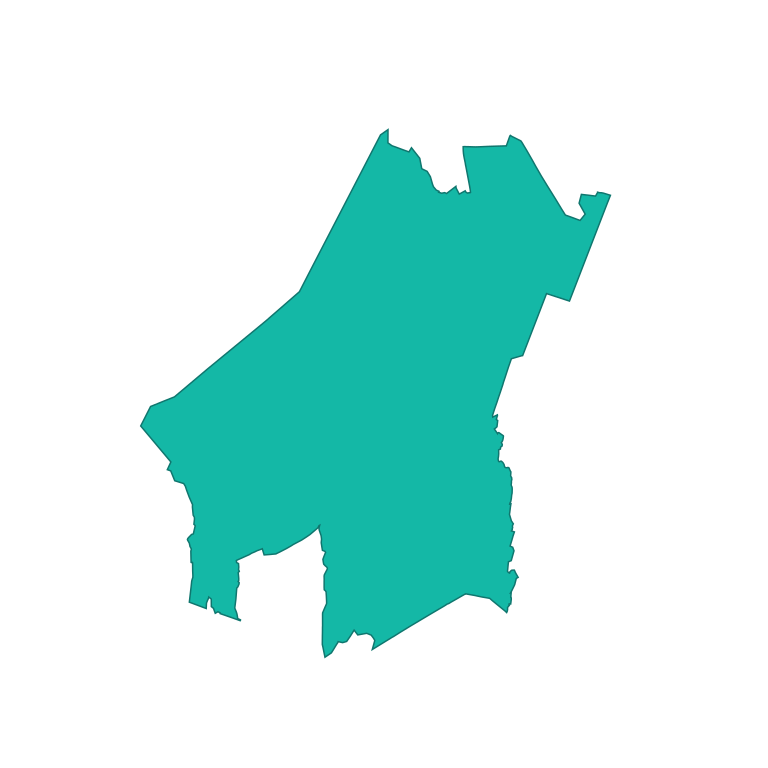 outline of Atašienes pag., Krustpils, Latvia, rotated 294°
{"feature_id": "27541924B82770097220603", "entity_name": "Atašienes pag.", "entity_type": "district", "adm_level": 2, "iso_a3": "LVA", "parent_name": "Latvia", "parent_adm1": "Krustpils", "projection": "natural_earth1", "projection_center": [26.419, 56.547], "detail": "fine", "context": "isolated", "style": "filled", "palette": "teal", "viewbox_px": 768, "rotation_deg": 294, "n_neighbors": 0, "source": "geoboundaries", "source_scale": "gbopen_adm2", "svg_char_len": 6003}
<svg xmlns="http://www.w3.org/2000/svg" viewBox="0 0 768 768"><g transform="rotate(294 384 384)"><path d="M246.7,178.8L226.1,221.0L217.6,220.9L217.9,224.5L210.5,232.2L211.6,241.5L209.8,244.1L206.7,246.9L201.5,252.0L196.4,257.6L196.3,257.8L196.0,258.1L193.7,259.0L186.6,263.0L186.4,263.2L185.4,264.7L185.2,264.9L183.9,265.6L183.5,265.8L178.5,267.4L178.0,268.8L177.6,269.2L169.9,270.7L169.4,270.7L168.3,269.4L164.2,267.9L163.3,267.7L162.9,267.6L161.9,267.7L161.4,268.2L159.5,270.8L157.2,272.5L156.7,272.8L155.0,275.0L154.2,275.3L152.8,275.5L142.6,280.3L142.5,280.6L142.6,280.9L143.1,281.5L142.9,281.8L135.3,285.3L131.7,287.1L129.7,288.0L127.6,288.2L125.7,288.5L120.5,290.2L105.5,294.9L106.6,312.9L111.5,311.0L111.9,310.9L114.1,310.8L116.0,310.8L117.1,310.8L118.1,310.6L117.9,311.2L117.6,312.6L117.2,313.7L110.4,316.8L109.7,319.5L108.6,320.5L105.9,323.1L108.4,324.9L108.4,325.0L108.3,327.4L108.2,327.5L107.6,327.7L108.1,333.5L108.2,334.8L108.7,340.8L109.3,348.9L110.1,348.9L110.2,348.6L110.2,345.8L112.5,344.3L114.1,343.2L115.5,342.0L118.6,338.8L127.2,336.2L137.6,332.5L139.3,333.0L142.4,332.9L143.7,332.4L144.2,331.1L145.4,331.2L147.1,330.5L150.0,328.9L152.4,327.5L154.0,328.0L155.3,326.6L157.7,325.8L160.8,324.1L160.9,322.0L162.6,320.9L163.6,321.6L173.4,330.4L175.5,331.8L178.4,334.5L179.9,335.7L180.1,335.9L183.0,338.9L184.0,339.8L179.1,344.0L182.0,349.4L183.5,352.0L184.8,354.4L185.4,354.8L188.0,357.0L194.0,361.8L198.5,365.1L200.5,366.4L207.5,371.9L207.9,372.2L208.0,372.3L212.8,375.4L216.2,377.5L220.7,379.7L226.0,382.2L228.1,382.2L228.8,382.7L226.4,383.1L225.8,383.3L224.4,384.1L223.7,384.7L219.9,388.2L218.3,389.2L216.8,390.1L214.0,391.0L213.3,391.3L209.9,393.5L207.0,395.4L207.1,397.4L207.1,398.1L206.5,399.1L201.7,399.3L199.0,399.5L196.3,401.2L194.9,402.2L194.0,404.3L193.8,405.1L193.4,406.3L192.8,407.1L192.3,407.3L191.7,407.5L190.9,407.4L185.4,407.1L184.2,407.4L180.8,409.0L179.8,409.4L173.9,412.0L172.5,412.7L171.7,413.1L171.3,414.5L171.2,414.6L170.8,415.3L170.6,415.6L167.0,417.5L164.0,419.0L162.6,419.7L160.5,420.7L159.8,420.9L155.7,420.9L150.7,421.0L150.0,421.0L149.5,421.2L148.9,421.4L138.2,426.2L136.4,426.9L133.7,428.1L130.2,429.6L129.9,429.7L120.9,433.6L119.1,435.0L112.9,439.4L111.4,440.5L110.4,441.2L116.8,445.2L117.0,445.3L122.1,446.0L124.5,446.3L126.1,446.5L128.0,446.8L129.0,447.0L130.0,446.9L130.9,451.4L133.6,454.6L140.0,455.8L147.0,456.8L144.1,462.1L146.9,466.2L149.2,469.6L149.4,474.4L147.7,477.5L146.0,479.9L136.7,481.3L146.5,488.0L156.0,494.5L157.0,495.3L163.9,499.9L173.5,506.5L192.5,519.9L205.8,529.4L208.4,531.1L208.7,531.2L209.7,532.4L212.2,534.1L217.9,538.3L224.5,543.1L224.8,543.4L225.0,543.7L225.5,543.9L227.8,553.2L228.2,555.2L229.2,559.9L231.2,567.7L230.0,571.6L225.9,586.7L225.1,589.0L226.0,589.0L226.8,589.0L228.6,588.5L229.9,587.8L230.2,587.8L232.8,588.5L233.0,588.0L234.1,587.8L234.5,589.2L236.0,588.8L239.2,587.8L240.2,587.3L241.0,586.7L240.9,586.5L245.0,585.1L244.6,584.6L247.3,584.8L252.8,585.0L253.4,585.0L253.9,585.0L259.2,584.1L259.7,584.0L260.1,584.0L260.3,584.0L261.9,585.2L264.1,582.2L265.0,581.0L265.7,580.2L266.8,579.0L267.0,578.8L267.0,578.7L266.2,577.1L265.8,576.4L265.6,576.2L263.5,575.4L262.4,575.6L262.4,574.6L262.8,573.5L263.2,572.9L263.9,572.7L264.0,572.7L264.4,572.6L268.8,571.1L271.6,570.2L272.2,570.0L274.4,572.1L277.7,571.6L284.5,570.6L287.2,568.0L287.2,565.1L293.5,564.3L297.6,563.7L301.9,563.3L301.9,562.9L301.6,560.2L303.2,560.4L303.9,560.0L305.0,560.0L306.6,559.0L308.9,559.0L309.6,557.8L310.2,557.0L310.6,556.2L311.2,555.7L312.8,554.3L316.0,551.6L316.7,551.4L317.2,551.3L323.1,549.5L326.1,548.7L325.2,547.8L325.2,547.7L326.8,547.5L328.1,547.6L329.1,547.4L331.2,546.9L334.5,545.8L336.4,545.4L340.3,543.8L341.9,542.9L342.8,541.8L343.8,541.1L345.6,540.6L346.4,540.2L347.5,539.8L348.6,539.7L349.5,539.2L350.5,538.6L351.0,537.7L351.7,537.0L354.5,536.0L355.4,535.6L356.0,534.7L357.3,533.2L357.9,532.7L358.2,532.2L358.3,532.0L358.2,531.3L358.0,530.9L357.5,530.3L357.2,529.7L357.1,529.1L357.3,528.0L357.5,527.8L359.3,526.4L360.5,524.7L360.8,524.0L361.2,522.7L361.2,522.4L360.9,521.9L359.9,521.0L359.8,520.6L360.1,520.0L361.3,519.1L361.9,518.7L364.6,518.0L366.0,517.5L367.1,517.1L370.5,515.5L371.9,516.8L373.8,516.2L375.4,517.1L377.0,516.6L378.1,515.1L380.4,515.4L382.3,515.1L384.7,514.4L385.0,514.3L385.2,514.1L385.3,513.8L385.4,513.3L386.3,508.8L386.3,508.6L385.5,507.7L384.9,507.8L387.8,503.1L389.6,504.1L390.9,504.6L395.4,503.2L396.9,502.7L397.1,501.7L397.2,501.1L401.1,500.4L401.2,500.5L401.9,500.1L398.0,496.8L398.8,496.3L399.6,495.9L406.9,495.1L413.2,494.6L416.0,494.3L419.0,494.0L423.7,493.6L431.8,492.8L433.6,492.5L439.8,491.9L450.1,490.8L458.9,490.1L464.4,496.6L466.3,498.9L466.2,498.9L466.3,499.1L532.7,495.7L535.2,519.7L641.1,514.4L641.7,514.4L648.5,514.1L647.9,509.1L647.6,506.7L647.1,504.7L646.3,502.8L646.3,502.3L646.1,501.1L645.6,501.3L644.6,501.1L641.7,500.8L639.3,492.9L638.8,491.4L637.5,487.2L628.5,488.7L627.8,489.6L621.0,498.7L613.2,496.6L613.0,494.2L612.7,489.1L612.3,483.5L612.1,481.0L616.0,475.2L621.9,466.7L626.6,459.8L631.4,452.7L638.0,443.1L644.4,434.3L649.0,428.2L655.2,419.7L659.0,414.3L660.5,412.2L661.7,410.3L662.1,402.7L662.2,400.0L662.5,398.3L661.7,398.1L651.3,398.9L647.8,391.6L643.6,382.9L639.3,374.3L638.1,371.8L637.9,371.4L637.1,369.5L635.2,364.8L634.5,363.2L634.0,361.9L633.7,361.1L633.0,359.8L631.2,360.6L629.0,361.7L626.8,362.9L624.8,364.2L622.9,365.5L619.0,368.3L617.1,369.5L616.2,370.2L600.2,381.3L598.4,382.5L596.6,383.7L594.2,385.1L593.7,384.8L593.5,384.2L592.3,382.5L592.8,380.3L593.5,379.6L588.1,375.5L592.3,370.2L593.8,369.3L583.5,363.7L583.5,361.6L581.7,359.0L581.4,355.9L582.4,355.9L582.4,352.9L584.3,349.0L586.2,347.1L592.3,342.0L592.9,341.1L595.8,336.9L596.0,331.4L596.1,330.9L603.1,326.0L604.7,324.9L611.0,313.0L606.2,312.4L605.8,307.5L605.2,298.0L604.9,294.5L605.9,289.5L618.0,284.2L610.2,279.5L541.9,275.5L467.3,271.1L453.6,270.3L433.9,269.2L393.1,250.2L326.0,216.7L287.0,197.8L278.9,189.9L271.4,182.7L268.5,179.9L246.7,178.8Z" fill="#14b8a6" stroke="#0f766e" stroke-width="1.5"/></g></svg>